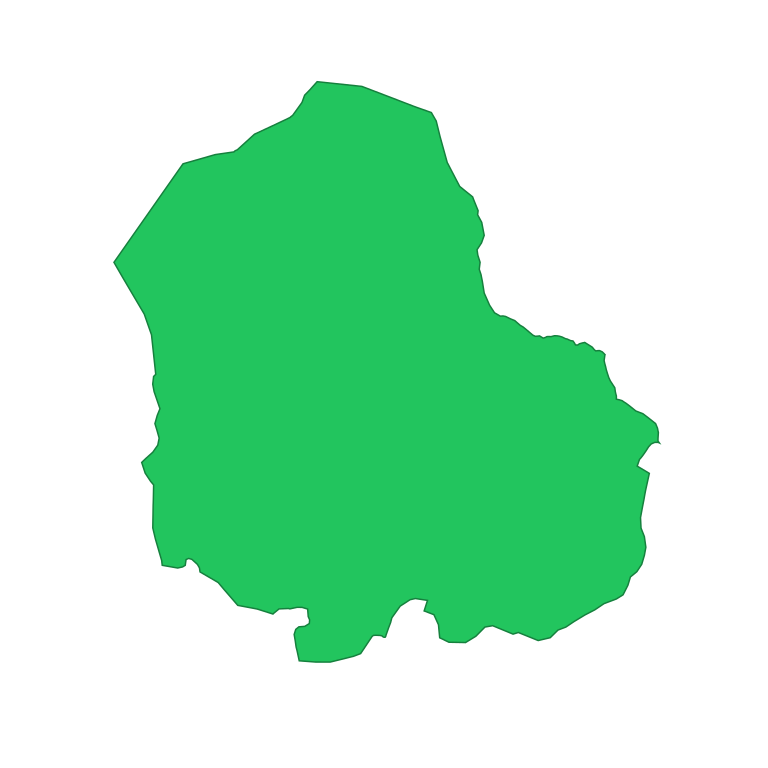 outline of Bura', Al Hudaydah, Yemen, rotated 281°
{"feature_id": "15242507B60755531991601", "entity_name": "Bura'", "entity_type": "district", "adm_level": 2, "iso_a3": "YEM", "parent_name": "Yemen", "parent_adm1": "Al Hudaydah", "projection": "orthographic", "projection_center": [43.464, 14.907], "detail": "fine", "context": "isolated", "style": "filled", "palette": "green", "viewbox_px": 768, "rotation_deg": 281, "n_neighbors": 0, "source": "geoboundaries", "source_scale": "gbopen_adm2", "svg_char_len": 3538}
<svg xmlns="http://www.w3.org/2000/svg" viewBox="0 0 768 768"><g transform="rotate(281 384 384)"><path d="M451.9,95.7L438.0,107.8L406.9,135.3L387.9,146.4L349.9,158.1L347.5,156.4L339.7,157.0L332.6,159.8L325.5,163.9L317.0,168.8L309.9,167.4L301.4,166.7L295.0,170.1L288.0,173.6L281.8,173.6L280.8,173.6L273.0,170.1L266.5,165.2L265.6,164.5L265.3,164.3L264.6,163.8L260.8,161.1L250.9,166.6L243.9,173.5L241.0,177.1L226.7,179.6L223.1,180.2L221.1,180.5L212.7,182.0L198.6,184.5L188.2,189.2L181.6,192.6L176.5,195.2L168.2,199.5L165.2,200.4L163.7,200.9L164.0,216.6L166.0,221.2L168.1,223.5L171.8,223.3L173.9,223.2L175.5,225.5L175.2,228.9L171.3,235.3L168.3,237.9L164.4,239.3L157.5,259.1L151.6,266.4L138.8,282.7L138.8,283.4L138.9,298.0L138.9,302.6L137.0,318.9L137.4,319.1L143.2,323.9L145.2,332.2L145.4,333.0L145.3,334.5L148.2,341.3L149.1,346.2L148.8,349.0L148.5,352.0L141.2,354.0L138.3,356.0L134.6,356.4L131.0,352.5L129.4,346.8L126.3,344.2L121.0,343.6L114.9,345.9L109.1,347.9L105.5,349.6L96.1,353.6L98.0,369.8L99.4,377.1L100.8,384.3L106.7,397.1L110.1,404.3L110.8,405.9L113.1,409.6L114.9,412.5L134.0,420.5L135.2,421.6L135.8,423.9L136.4,427.9L136.4,430.0L135.7,431.1L135.4,432.3L135.6,433.4L136.4,433.8L137.8,433.9L145.4,435.0L151.1,436.0L156.0,436.3L169.1,442.3L173.4,446.8L177.2,450.7L179.4,455.7L179.9,468.0L168.9,466.7L167.1,477.0L158.1,483.4L145.5,487.1L144.5,491.1L144.1,492.4L142.9,497.0L143.9,502.7L145.7,513.0L145.7,513.3L151.9,520.1L153.9,522.3L164.7,529.5L166.4,534.0L167.2,536.1L167.5,536.7L163.1,558.4L165.7,563.3L161.6,584.3L166.7,595.6L175.7,601.8L180.1,608.9L186.9,615.7L195.7,625.4L202.6,634.1L210.4,641.9L217.3,653.1L222.7,658.9L232.9,661.8L241.6,662.7L248.0,668.0L256.2,671.4L265.5,672.3L273.7,672.2L283.9,668.7L291.6,663.8L301.8,661.3L313.0,661.2L320.2,661.2L325.8,661.1L330.4,661.1L346.9,661.5L351.7,648.2L358.7,649.2L360.7,650.4L363.9,652.0L368.2,653.9L372.8,655.7L376.2,657.8L378.4,661.0L379.0,664.2L378.7,665.5L380.4,663.8L383.2,663.3L388.7,662.6L390.3,661.9L392.8,660.9L396.9,658.2L401.1,650.2L404.2,643.9L405.6,636.3L409.2,629.5L411.2,625.4L411.9,623.6L413.1,620.8L413.4,617.8L413.4,615.0L416.6,614.4L418.6,613.4L420.7,612.5L424.3,611.3L430.2,605.6L433.2,603.4L437.0,601.3L440.4,599.5L443.6,598.1L446.2,596.8L449.0,595.6L454.7,595.3L454.9,595.4L455.9,594.1L457.2,592.1L457.9,589.3L457.6,587.7L456.9,585.6L457.7,584.0L459.0,582.5L460.0,581.2L462.2,575.4L463.1,573.1L462.8,572.5L462.2,571.0L460.8,568.2L459.2,566.7L458.9,564.5L460.5,563.2L462.3,561.3L462.2,558.9L463.1,555.2L463.1,553.6L464.1,549.9L464.4,546.9L464.3,544.6L463.9,542.1L462.4,539.0L461.9,535.9L461.5,534.7L460.6,533.7L459.4,531.5L460.9,527.5L460.3,525.7L459.7,523.4L460.4,520.7L465.0,512.5L466.5,509.7L467.6,506.5L469.1,503.9L469.3,503.5L471.2,500.3L472.1,495.7L473.5,490.5L473.5,487.8L472.8,485.3L475.0,478.9L481.5,472.6L492.4,465.0L503.4,461.0L510.0,458.3L514.8,455.6L521.8,455.1L528.4,451.5L533.6,449.7L541.1,452.8L549.0,454.0L561.3,449.1L568.0,443.6L570.9,443.4L572.1,443.3L581.8,437.0L584.6,435.3L588.3,428.3L589.3,426.4L592.4,420.6L593.2,420.0L599.3,415.1L603.1,412.1L605.7,410.0L612.4,404.7L613.3,403.9L637.6,391.8L645.4,388.2L652.1,385.1L657.5,380.4L659.5,378.7L661.8,363.2L662.4,359.5L665.1,344.2L665.5,342.1L667.0,333.5L670.2,315.2L670.7,312.6L670.7,312.4L671.9,305.5L668.0,260.7L660.0,255.9L659.4,255.6L652.4,251.0L651.2,250.8L644.8,249.8L634.8,245.2L630.3,243.1L628.3,241.3L628.0,241.3L624.6,236.8L615.6,224.5L604.5,209.2L585.9,195.3L584.5,193.3L583.2,192.4L577.0,174.6L561.8,144.7L451.9,95.7Z" fill="#22c55e" stroke="#15803d" stroke-width="1.5"/></g></svg>